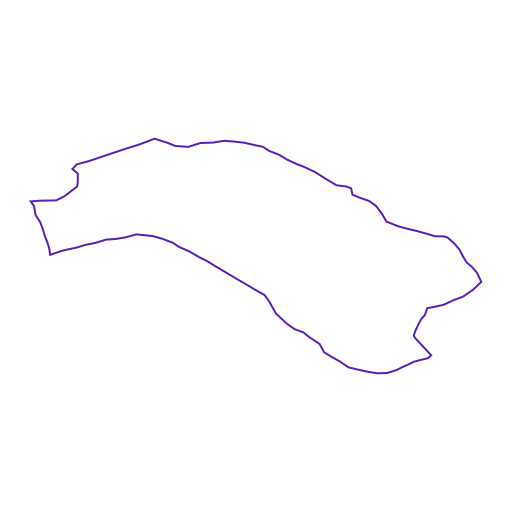 outline of Tyresö, Stockholm, Sweden
{"feature_id": "70781695B80728861937235", "entity_name": "Tyresö", "entity_type": "district", "adm_level": 2, "iso_a3": "SWE", "parent_name": "Sweden", "parent_adm1": "Stockholm", "projection": "natural_earth1", "projection_center": [18.293, 59.209], "detail": "fine", "context": "isolated", "style": "outline", "palette": "violet", "viewbox_px": 512, "rotation_deg": 0, "n_neighbors": 0, "source": "geoboundaries", "source_scale": "gbopen_adm2", "svg_char_len": 1578}
<svg xmlns="http://www.w3.org/2000/svg" viewBox="0 0 512 512"><path d="M431.2,355.3L415.2,338.1L413.8,335.5L415.2,331.2L419.0,323.2L421.1,319.1L424.9,315.0L427.3,308.1L432.8,307.2L443.9,304.7L452.9,300.4L462.9,296.7L472.6,290.1L481.3,281.9L479.2,277.5L476.8,272.5L471.6,266.6L466.7,262.5L462.9,256.3L459.1,249.0L453.6,242.8L447.3,237.4L444.2,236.4L434.5,236.2L430.4,234.8L417.6,231.2L407.2,228.7L398.5,226.4L386.4,221.6L382.3,214.3L376.0,205.9L369.4,201.1L358.4,197.2L352.5,194.7L351.1,188.3L346.3,186.5L336.6,185.3L325.5,178.7L314.8,171.9L304.0,166.9L295.4,163.5L286.7,159.4L278.8,154.6L269.1,150.9L262.9,146.8L253.2,144.8L244.2,142.7L232.1,141.4L224.2,140.8L213.0,142.6L200.5,143.0L188.1,146.9L175.1,145.9L168.1,143.0L154.6,138.7L147.0,141.6L138.4,144.8L127.0,148.3L110.8,153.7L88.6,161.2L76.7,164.4L72.7,168.7L72.4,169.0L77.8,173.6L77.8,181.8L77.2,186.5L64.2,196.4L56.1,200.4L39.9,200.7L30.7,201.4L31.0,201.8L34.0,206.1L35.6,215.0L40.4,222.5L42.6,228.5L44.8,236.0L46.9,241.0L49.1,248.1L50.2,254.8L54.5,253.3L63.5,250.4L77.3,247.4L84.6,245.1L95.7,242.8L106.1,239.6L115.4,239.0L124.4,237.6L136.5,234.4L152.4,236.0L162.1,238.7L172.5,242.6L179.1,246.9L189.5,251.5L198.5,256.8L207.1,261.1L217.5,267.5L227.5,273.4L237.9,279.6L244.2,283.2L254.5,289.4L264.6,295.1L269.1,301.3L276.0,313.6L287.1,323.9L294.7,329.2L303.4,332.4L309.6,337.4L319.6,344.0L324.1,352.2L331.1,356.6L340.1,361.6L348.4,367.3L357.0,369.4L368.5,371.9L377.5,373.3L387.2,373.0L396.5,370.1L402.4,367.1L408.6,364.4L413.8,361.8L421.1,359.8L428.0,358.2L431.2,355.3Z" fill="none" stroke="#5b21b6" stroke-width="2"/></svg>